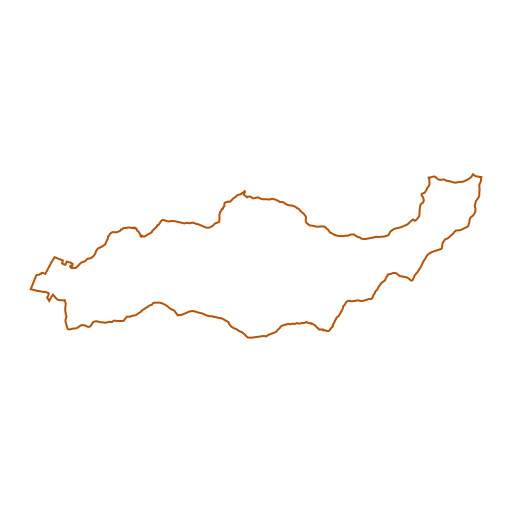 Brancovenesti, Mures, Romania (Albers equal-area conic projection)
{"feature_id": "2599482B13448214050806", "entity_name": "Brancovenesti", "entity_type": "district", "adm_level": 2, "iso_a3": "ROU", "parent_name": "Romania", "parent_adm1": "Mures", "projection": "albers", "projection_center": [24.873, 46.864], "detail": "fine", "context": "isolated", "style": "outline", "palette": "amber", "viewbox_px": 512, "rotation_deg": 0, "n_neighbors": 0, "source": "geoboundaries", "source_scale": "gbopen_adm2", "svg_char_len": 6043}
<svg xmlns="http://www.w3.org/2000/svg" viewBox="0 0 512 512"><path d="M244.0,333.7L247.3,337.2L248.9,337.6L251.5,337.7L262.8,336.1L264.3,336.0L266.1,336.4L268.6,334.8L274.1,332.8L276.5,331.5L277.8,329.8L279.6,328.2L280.6,326.7L281.9,325.8L283.4,325.2L287.7,324.1L290.6,324.2L292.7,323.7L295.1,323.9L296.9,323.1L299.2,323.7L301.8,323.0L303.8,323.1L304.8,322.6L305.7,322.5L306.5,321.9L308.1,323.0L309.0,323.2L310.9,323.1L311.3,323.9L311.5,323.9L311.5,323.5L311.9,323.5L313.2,324.4L314.6,324.9L317.1,327.7L317.9,328.1L319.0,329.5L322.7,329.4L322.9,329.5L323.0,330.1L323.2,330.4L324.8,330.2L327.1,331.1L328.6,331.0L329.5,330.5L330.1,329.4L331.5,327.6L332.7,326.8L333.0,326.0L332.7,325.0L334.4,322.3L334.7,321.7L334.8,320.8L335.7,319.7L336.6,317.5L338.2,316.4L339.0,315.4L342.2,310.0L342.9,308.0L343.3,306.0L344.1,305.5L344.7,304.8L346.1,302.4L347.1,301.3L348.1,300.9L348.8,300.8L352.1,301.3L358.1,300.3L360.2,300.9L362.6,301.0L367.3,299.6L368.2,299.1L370.8,299.0L372.0,298.5L372.2,298.2L373.1,295.8L373.8,294.5L374.3,294.0L375.8,290.9L377.2,289.7L379.0,286.2L381.1,283.4L383.2,281.6L384.7,280.7L385.4,279.5L385.8,278.2L386.4,277.0L387.5,275.8L387.6,274.6L391.5,273.7L392.9,273.0L395.7,273.1L396.7,273.5L398.6,275.2L400.1,276.1L406.9,277.4L408.7,278.5L411.0,280.5L411.9,280.6L412.3,280.4L413.3,278.8L414.4,276.0L416.1,273.5L417.0,272.8L420.8,267.0L423.0,262.2L427.3,255.1L429.5,253.3L431.4,252.3L434.5,251.1L441.3,248.9L441.9,248.3L442.6,243.1L444.5,240.1L445.7,239.0L447.3,238.6L448.9,237.4L453.0,233.7L455.0,231.3L455.9,230.5L459.7,230.3L461.6,229.6L467.7,226.6L468.2,225.9L469.3,222.6L469.4,220.6L469.8,219.3L470.5,217.6L471.5,216.6L472.5,216.1L474.2,214.1L475.4,211.3L475.4,208.3L474.9,206.7L474.8,205.6L476.0,200.9L478.5,197.6L479.0,196.4L479.3,195.1L479.3,192.5L479.6,189.8L479.3,185.1L479.6,184.0L480.3,182.7L480.9,181.0L481.3,177.0L479.5,177.0L479.1,176.9L478.8,176.6L475.9,176.3L472.9,174.3L471.9,176.1L470.6,177.6L467.5,179.7L462.7,181.8L459.3,182.0L455.5,182.7L454.0,182.5L449.1,181.1L446.8,180.8L443.7,179.4L441.3,179.8L439.1,179.7L437.2,178.7L435.5,177.0L434.6,176.5L432.7,176.7L430.2,177.5L428.7,177.6L429.3,179.6L429.5,183.2L429.4,184.6L428.6,186.3L427.5,187.7L425.3,191.9L424.3,192.9L421.9,193.8L421.6,194.2L421.7,195.3L423.0,197.4L423.5,198.6L423.7,199.8L423.7,201.2L423.0,202.6L421.0,204.0L420.6,204.6L419.9,207.3L419.6,210.5L419.4,215.3L419.1,216.3L416.5,219.7L414.7,220.8L413.3,219.5L413.0,219.5L410.0,221.9L407.8,224.2L406.2,225.0L400.5,227.4L394.1,228.9L391.3,230.9L390.9,231.0L390.1,232.0L388.7,234.7L387.9,235.5L383.8,236.6L378.1,237.0L376.1,236.7L374.1,237.4L364.9,239.1L361.6,238.7L359.5,237.3L357.8,237.1L354.5,234.8L353.6,234.4L350.6,234.6L347.4,235.8L345.3,235.7L343.2,236.2L337.8,235.9L333.9,234.6L331.7,233.2L329.8,232.4L329.0,230.8L327.9,229.5L326.2,228.2L325.9,227.6L323.6,226.4L316.7,226.7L312.3,225.7L309.6,225.4L306.6,223.0L306.0,222.0L305.7,220.9L306.0,217.3L305.9,216.8L304.3,214.4L303.5,213.5L301.4,211.9L298.6,208.8L296.8,208.0L295.4,206.8L292.2,205.6L287.8,205.1L285.7,204.0L283.7,202.5L281.8,202.0L280.1,202.1L277.1,200.3L273.1,198.8L271.3,198.8L270.4,199.4L269.1,199.5L265.0,199.2L263.2,199.3L260.4,198.6L258.7,197.6L257.7,197.4L253.5,198.4L252.5,198.1L250.6,196.7L248.2,196.6L247.6,196.8L247.1,197.3L243.9,194.7L243.9,194.3L244.8,192.4L244.8,191.2L244.5,191.1L243.5,192.5L242.3,192.8L241.3,194.1L238.7,194.7L237.1,195.4L235.3,197.1L233.0,198.6L230.4,201.6L229.2,201.6L228.5,201.9L227.9,201.6L224.8,202.7L224.4,203.6L224.3,206.3L223.6,206.7L222.7,209.1L221.7,209.2L221.0,211.1L220.3,211.7L219.6,213.9L219.3,215.7L219.6,217.7L219.3,220.3L219.2,221.9L218.7,222.3L217.2,222.6L215.0,223.5L212.6,225.9L210.6,227.1L208.5,227.7L206.4,227.7L198.6,224.4L196.8,224.0L192.7,222.6L189.2,223.3L187.3,222.8L184.3,223.4L175.8,221.4L172.2,220.9L168.5,221.5L165.8,220.8L163.6,220.0L162.6,219.9L161.5,220.6L158.5,224.9L157.2,225.3L156.9,226.6L152.6,230.6L152.0,231.5L151.9,232.0L149.6,233.7L148.3,234.2L144.4,236.6L143.2,236.5L142.5,235.9L141.9,236.0L141.3,236.8L140.6,236.3L140.7,235.1L140.3,234.9L140.0,234.0L139.6,233.6L139.0,232.3L138.5,231.6L137.3,230.8L136.3,228.6L134.9,227.7L134.2,227.7L134.5,228.3L128.6,227.4L126.7,227.9L123.9,228.0L123.0,228.4L122.2,229.4L120.9,229.4L120.3,230.7L118.1,231.8L116.1,232.3L112.9,232.1L111.7,232.5L109.9,234.0L108.7,236.1L107.9,236.7L107.9,238.0L107.5,239.3L106.4,241.4L105.8,243.1L104.9,244.6L101.8,246.7L98.4,248.3L97.5,248.9L95.8,251.6L95.3,253.6L93.5,256.2L91.7,257.4L91.0,258.2L87.7,258.7L86.6,259.4L86.2,260.4L85.6,260.8L83.8,261.8L83.0,261.9L81.1,262.7L80.0,263.6L79.2,264.8L75.6,268.0L71.9,268.1L71.5,268.0L70.6,267.3L70.3,266.5L71.1,266.6L70.9,266.1L71.2,265.5L72.2,265.9L72.4,265.8L72.7,263.9L70.5,262.6L66.7,261.6L65.8,264.0L65.1,264.9L62.1,263.4L62.9,260.5L54.6,257.2L51.4,262.4L45.3,273.9L42.8,272.9L41.7,272.9L41.1,273.7L40.4,273.8L39.3,274.7L37.0,274.9L36.3,275.4L30.7,289.2L37.1,290.8L44.0,292.0L45.2,291.9L48.7,293.2L48.4,295.3L47.6,296.9L47.1,297.4L49.2,300.9L51.7,296.4L53.0,294.7L56.9,299.2L57.9,299.7L60.0,300.2L63.2,300.4L64.6,300.1L65.7,303.2L65.6,305.9L65.3,307.2L65.2,310.5L65.6,312.4L65.7,314.2L66.5,316.4L65.5,319.9L65.5,321.5L67.5,328.6L67.8,329.0L69.3,329.5L73.0,328.6L75.2,328.5L77.4,327.8L80.2,325.7L82.2,325.1L84.1,325.2L88.4,327.0L90.1,326.4L91.2,325.2L93.1,322.1L95.2,321.3L97.1,321.3L99.8,322.2L103.4,322.4L105.2,322.8L109.4,321.8L111.9,322.1L113.6,320.8L114.3,320.6L116.3,320.9L121.8,321.0L123.9,320.7L124.4,319.7L126.9,316.7L130.4,316.7L132.2,315.8L135.6,315.3L138.2,313.4L140.3,312.2L142.1,310.4L146.5,307.5L147.7,307.0L148.3,306.3L149.7,305.4L151.9,304.8L153.0,303.2L154.6,302.7L159.4,302.6L161.8,303.2L164.4,304.4L166.8,305.8L170.6,308.9L174.2,310.5L177.8,315.4L179.3,315.0L181.2,315.1L182.3,314.5L185.9,313.1L189.1,311.6L191.6,311.1L193.8,311.1L198.5,312.6L201.7,313.3L207.1,315.6L209.1,316.2L212.6,316.4L214.4,317.0L215.0,316.9L219.4,318.1L220.2,318.0L222.6,318.8L228.4,322.1L229.3,324.2L230.9,326.2L231.7,326.9L233.1,327.8L237.3,329.7L239.1,331.1L242.2,332.3L242.7,333.0L244.0,333.7Z" fill="none" stroke="#b45309" stroke-width="2"/></svg>